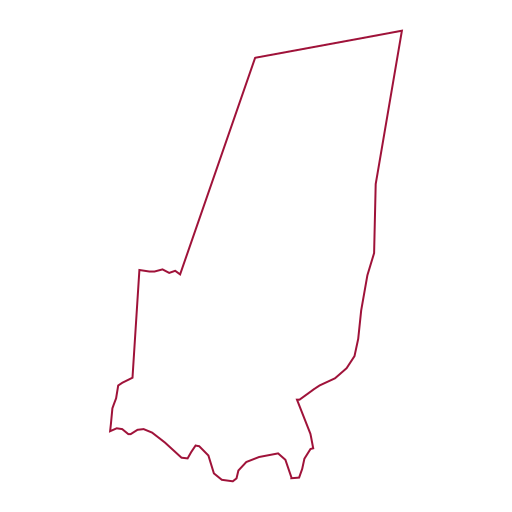 the district of Cresslands, Soufrière, Saint Lucia
{"feature_id": "8701671B34835556346125", "entity_name": "Cresslands", "entity_type": "district", "adm_level": 2, "iso_a3": "LCA", "parent_name": "Saint Lucia", "parent_adm1": "Soufrière", "projection": "natural_earth1", "projection_center": [-61.042, 13.86], "detail": "fine", "context": "isolated", "style": "outline", "palette": "rose", "viewbox_px": 512, "rotation_deg": 0, "n_neighbors": 0, "source": "geoboundaries", "source_scale": "gbopen_adm2", "svg_char_len": 950}
<svg xmlns="http://www.w3.org/2000/svg" viewBox="0 0 512 512"><path d="M255.6,57.7L255.1,57.9L180.1,274.4L175.2,270.8L169.2,272.9L162.5,269.4L154.6,271.5L149.2,271.5L139.4,270.0L132.8,372.9L132.5,377.7L130.5,378.7L122.4,382.7L118.2,385.5L116.1,398.3L113.8,404.4L112.4,408.3L110.9,424.1L110.1,431.2L116.7,428.3L122.2,429.1L128.3,434.1L130.7,434.1L137.5,429.8L143.6,429.1L152.1,432.6L165.0,442.6L181.5,457.7L187.6,458.4L191.3,451.9L195.6,445.5L196.8,445.8L199.2,446.2L208.4,455.5L213.9,473.4L221.8,479.8L232.8,481.3L236.5,478.4L238.4,470.5L246.3,462.0L259.1,457.0L278.1,453.4L285.4,459.8L291.5,477.7L291.4,478.2L293.0,478.1L299.1,477.6L302.2,468.9L304.4,458.7L310.5,449.0L313.2,448.3L311.0,436.7L310.4,433.8L297.0,399.7L299.5,399.7L314.2,389.0L319.7,385.4L335.0,378.3L346.6,368.2L354.5,356.1L358.2,338.9L361.2,310.3L367.4,275.2L374.1,253.1L375.7,184.0L377.4,174.2L401.9,30.7L381.0,34.6L255.6,57.7Z" fill="none" stroke="#9f1239" stroke-width="2"/></svg>